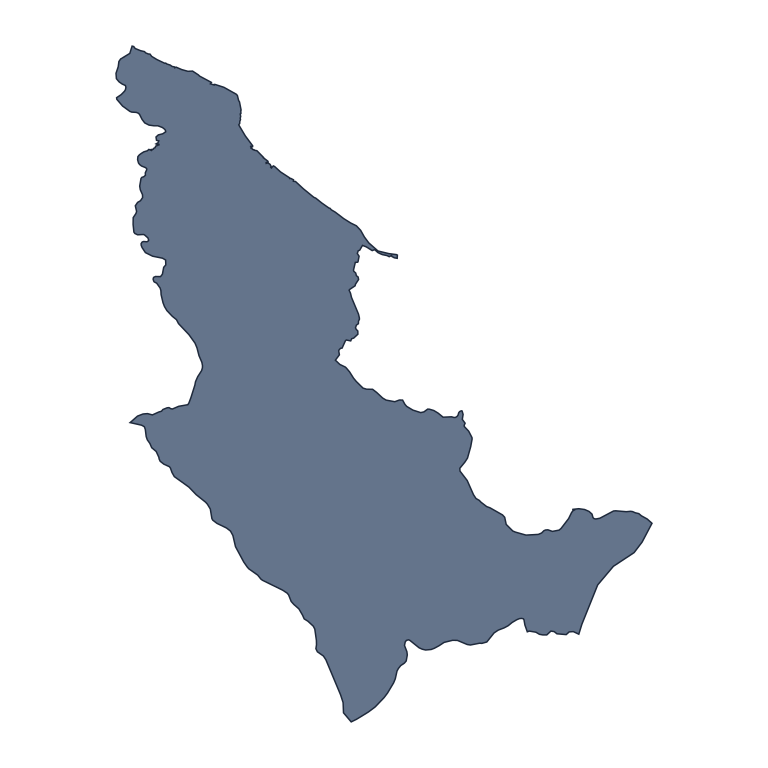 the district of Pidie, Aceh, Indonesia
{"feature_id": "22746128B35853530005037", "entity_name": "Pidie", "entity_type": "district", "adm_level": 2, "iso_a3": "IDN", "parent_name": "Indonesia", "parent_adm1": "Aceh", "projection": "orthographic", "projection_center": [95.912, 5.113], "detail": "fine", "context": "isolated", "style": "filled", "palette": "slate", "viewbox_px": 768, "rotation_deg": 0, "n_neighbors": 0, "source": "geoboundaries", "source_scale": "gbopen_adm2", "svg_char_len": 6085}
<svg xmlns="http://www.w3.org/2000/svg" viewBox="0 0 768 768"><path d="M527.3,631.8L529.3,631.1L535.9,632.2L539.4,634.3L542.7,634.9L546.8,634.9L550.9,631.1L554.2,631.6L556.9,633.8L566.2,634.6L569.2,631.9L573.3,631.6L578.8,634.2L581.9,624.2L597.7,584.9L613.4,566.3L634.1,552.6L642.1,542.1L652.0,523.3L647.2,519.0L641.4,515.8L638.8,513.6L635.3,512.8L632.6,511.6L630.6,511.3L626.3,511.7L615.6,510.8L613.5,511.0L599.9,518.2L595.8,519.0L594.0,518.6L593.0,517.6L592.0,514.1L589.0,511.4L584.6,509.5L578.8,508.7L572.3,509.4L574.1,510.1L573.0,510.7L571.6,512.5L568.6,518.6L561.1,528.4L559.1,530.1L552.4,531.4L547.9,529.8L545.5,530.0L543.9,530.7L541.6,533.0L538.3,534.4L526.0,535.1L515.4,532.1L512.8,531.0L506.2,524.4L504.7,517.3L502.5,514.9L490.0,507.8L486.7,506.6L481.0,502.2L479.3,500.4L476.0,498.5L473.5,494.7L467.2,480.5L460.0,471.1L459.8,468.3L464.9,462.1L467.5,458.1L470.7,446.7L472.1,439.1L472.0,437.6L468.7,431.2L464.3,426.5L464.2,425.3L465.1,423.2L462.3,419.4L463.1,414.4L462.1,411.0L461.3,410.8L459.6,411.6L458.7,412.8L458.0,415.2L457.0,416.5L455.5,417.4L454.0,417.5L451.6,416.8L443.1,417.2L438.1,413.1L433.8,410.5L429.4,409.2L427.7,409.1L423.9,411.9L420.7,412.6L412.9,410.1L406.7,406.4L404.9,404.3L402.6,400.1L399.4,400.0L394.8,401.7L386.1,400.1L382.6,398.0L376.6,392.4L372.6,389.3L366.6,389.2L363.0,388.1L356.3,381.5L353.5,378.1L349.6,371.9L346.4,368.1L345.4,367.1L339.8,364.4L335.4,360.2L339.4,354.8L338.7,350.8L339.3,349.6L340.6,348.3L342.1,348.1L345.4,340.8L346.3,340.0L350.7,340.9L351.7,338.7L353.7,338.1L357.9,334.2L357.8,331.0L356.2,329.3L355.5,327.8L356.4,325.1L358.4,323.7L358.5,321.1L359.4,319.4L359.4,318.0L358.5,314.1L351.5,297.4L350.5,293.2L349.1,290.2L349.6,289.5L355.1,285.8L355.5,284.2L358.6,279.5L358.1,277.0L356.4,275.7L355.7,273.0L353.8,271.3L353.5,270.1L355.3,262.4L357.6,262.2L358.0,261.8L359.1,256.2L357.3,253.5L358.2,250.8L359.7,250.2L362.5,245.4L366.3,246.9L372.2,250.6L374.2,249.8L375.1,250.0L377.8,252.5L380.0,253.6L382.3,254.6L387.1,255.6L389.2,256.7L391.6,255.5L391.9,256.5L394.3,257.8L397.2,258.3L397.4,255.1L396.5,254.6L388.8,253.6L378.0,251.0L368.8,242.9L364.4,237.0L360.7,230.4L356.4,225.8L350.7,223.0L343.7,218.6L335.2,212.1L331.3,209.8L330.0,208.3L328.9,208.0L321.8,203.0L315.7,198.1L313.8,197.3L303.4,188.8L295.5,181.5L293.4,181.3L293.5,179.8L290.6,178.3L289.6,178.5L289.4,177.7L280.5,171.9L274.6,166.5L273.3,165.9L271.4,168.0L270.7,167.2L271.2,166.5L270.1,164.4L268.0,162.9L266.2,163.4L266.1,162.6L268.1,161.8L267.8,161.1L263.3,157.7L263.5,157.4L256.9,150.7L254.2,150.2L254.0,149.7L252.5,149.4L252.0,148.5L251.1,148.2L251.3,147.8L250.6,146.7L250.9,146.3L251.8,147.0L252.6,146.7L252.7,145.8L245.3,135.9L239.0,125.3L238.8,124.7L239.7,123.5L239.8,121.3L240.5,119.6L240.2,118.1L240.7,116.5L240.2,114.0L240.9,113.5L240.8,110.4L241.1,110.1L239.5,101.9L238.6,100.4L237.4,95.5L236.4,94.3L223.9,87.3L214.9,84.4L213.7,84.4L214.4,84.5L214.2,85.0L210.4,83.8L211.4,82.4L199.6,76.1L198.4,74.9L192.6,71.1L187.9,71.3L181.8,69.6L176.0,67.1L174.8,67.8L174.4,66.9L172.0,66.4L170.3,65.1L166.9,64.0L165.7,63.1L164.8,63.3L157.0,59.6L151.7,56.4L150.0,54.1L148.4,54.0L145.7,52.9L144.5,51.6L140.6,50.7L135.2,48.5L133.7,46.5L132.1,46.1L129.8,53.4L120.6,59.0L118.9,61.5L118.2,66.8L116.0,73.3L116.4,78.7L119.1,81.9L122.1,84.0L125.4,85.5L125.9,87.3L125.5,89.5L124.6,91.1L121.2,94.6L116.6,97.7L116.8,99.3L122.6,106.1L129.9,111.4L131.7,112.1L136.3,112.4L138.1,113.1L139.5,114.3L142.0,119.3L144.7,122.9L149.0,125.1L154.0,125.8L157.9,125.8L162.4,127.5L164.7,129.3L165.4,130.3L165.7,131.8L162.7,133.8L158.3,134.9L156.0,137.0L156.5,140.3L158.8,140.9L158.0,142.8L156.0,143.9L157.5,144.6L158.8,144.3L159.0,144.8L155.6,146.2L155.2,147.6L153.8,148.3L153.3,149.2L151.4,149.5L151.8,150.2L151.5,150.5L148.9,149.4L147.3,150.8L143.9,151.8L141.3,153.4L139.3,154.9L137.9,156.6L137.6,159.7L138.5,163.0L139.6,164.5L141.5,166.0L145.7,167.7L146.7,168.8L146.7,169.8L145.3,172.8L145.4,175.3L143.8,176.7L141.8,177.4L141.0,178.5L139.7,186.1L140.3,189.8L142.5,194.7L142.6,197.6L140.5,200.7L137.6,202.4L135.3,205.8L136.6,211.4L136.0,213.4L133.2,217.6L133.1,224.5L133.9,232.1L134.9,233.5L137.6,234.8L143.3,234.5L144.4,234.8L147.9,237.9L148.7,240.2L148.2,241.0L146.9,241.8L143.7,241.5L142.7,241.8L142.0,242.2L141.1,243.7L141.2,245.3L142.1,247.6L145.4,252.6L152.6,256.2L162.5,258.2L165.6,260.0L165.8,264.9L163.7,267.3L162.4,274.2L160.5,276.6L155.5,276.5L153.6,277.4L153.1,279.1L153.7,281.1L154.2,281.9L156.7,283.2L160.1,288.0L160.9,290.6L161.1,294.6L163.0,302.7L164.5,306.6L166.9,310.6L172.3,316.3L176.5,319.7L178.5,323.6L188.9,334.6L195.0,343.1L197.0,347.9L199.0,355.7L201.9,362.4L202.5,365.7L202.4,367.9L201.6,370.6L197.7,376.7L195.5,381.7L194.9,385.0L191.0,397.4L188.9,403.0L187.8,404.7L178.7,406.3L172.4,409.0L170.8,408.7L169.0,407.6L167.1,407.8L162.9,409.5L161.5,411.2L158.8,412.0L152.4,414.9L147.5,413.6L143.0,414.0L137.5,416.1L130.1,422.6L141.6,425.2L144.3,426.7L145.3,429.4L146.2,436.6L147.3,439.8L149.9,443.5L151.7,447.7L156.2,451.5L158.9,457.4L159.1,458.9L160.2,461.3L163.9,464.2L169.4,466.7L170.4,468.0L172.0,472.5L174.3,476.6L188.9,487.1L196.1,494.6L205.6,502.2L207.4,504.2L210.3,509.0L211.9,518.6L212.8,520.2L217.0,523.4L226.5,528.0L230.5,531.1L232.9,535.5L235.5,546.7L243.8,562.1L247.3,567.1L248.9,568.9L257.7,575.1L260.9,579.1L262.5,580.3L282.5,590.1L287.1,593.1L288.6,594.9L291.2,601.5L293.9,604.5L298.9,608.9L302.5,615.1L304.2,618.9L307.9,621.2L313.3,626.2L314.8,629.1L316.4,640.4L316.5,644.8L315.9,648.7L317.4,651.8L323.4,656.0L325.9,659.8L340.6,694.9L343.1,702.6L343.5,712.8L351.2,721.9L356.5,719.3L368.4,712.0L375.2,706.9L384.1,697.6L387.5,693.1L393.6,682.9L395.3,678.8L397.0,671.1L398.4,668.5L400.7,665.6L404.4,663.1L406.2,661.0L407.3,654.9L406.9,651.7L404.5,645.5L405.2,642.0L406.4,640.4L408.5,639.8L409.9,640.4L419.1,647.8L422.2,649.2L425.6,650.0L431.1,649.5L434.3,648.3L439.1,645.7L444.1,642.4L452.6,640.3L457.4,640.4L467.2,644.5L470.4,645.0L479.7,643.2L481.8,643.4L486.8,642.0L494.1,632.9L498.3,630.1L504.1,627.9L508.2,625.7L512.1,622.5L516.8,619.7L519.5,618.6L521.6,618.4L523.4,618.8L524.0,619.9L524.9,625.0L527.3,631.8Z" fill="#64748b" stroke="#1e293b" stroke-width="1.5"/></svg>